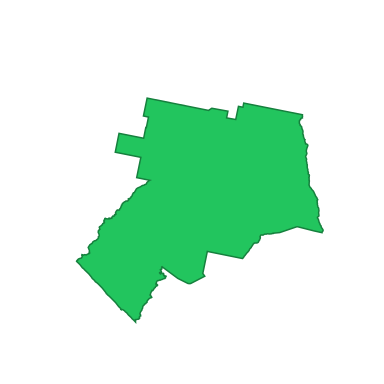 San Cayetano, Buenos Aires, Argentina (Albers equal-area conic projection), rotated 58°
{"feature_id": "61730980B1791021048372", "entity_name": "San Cayetano", "entity_type": "district", "adm_level": 2, "iso_a3": "ARG", "parent_name": "Argentina", "parent_adm1": "Buenos Aires", "projection": "albers", "projection_center": [-59.479, -38.405], "detail": "fine", "context": "isolated", "style": "filled", "palette": "green", "viewbox_px": 384, "rotation_deg": 58, "n_neighbors": 0, "source": "geoboundaries", "source_scale": "gbopen_adm2", "svg_char_len": 6035}
<svg xmlns="http://www.w3.org/2000/svg" viewBox="0 0 384 384"><g transform="rotate(58 192 192)"><path d="M189.5,326.6L189.9,326.6L194.2,325.5L198.5,325.1L198.8,324.8L199.7,324.5L200.8,324.4L206.7,322.9L210.6,322.4L212.5,322.4L215.1,321.6L217.0,321.5L218.1,320.9L220.4,320.2L226.0,319.0L231.4,318.4L233.0,318.5L233.5,318.2L234.6,318.1L235.9,317.6L238.2,317.0L245.3,315.4L250.4,314.9L253.0,314.2L253.4,314.5L253.7,314.4L253.9,314.6L254.6,314.3L254.6,313.6L255.1,313.1L255.6,312.8L256.9,312.2L258.3,312.0L259.8,311.4L262.6,311.1L266.2,310.1L267.7,310.0L269.5,309.4L272.4,308.8L271.2,308.1L270.9,308.4L270.8,308.0L270.6,307.9L270.4,308.2L270.2,307.8L270.2,307.6L270.5,307.5L270.7,307.1L270.9,306.0L271.5,304.8L271.6,304.4L271.2,304.0L271.3,303.4L270.9,303.1L270.6,303.2L270.3,302.8L269.8,302.5L269.7,301.9L269.9,301.2L268.9,300.7L267.8,300.8L267.4,300.5L267.0,299.8L266.4,299.2L265.6,297.1L264.9,296.5L264.3,295.4L263.1,294.5L262.8,294.1L262.5,292.6L261.9,291.6L262.2,290.6L261.9,290.2L261.7,288.6L261.2,288.4L260.7,287.8L260.2,286.9L260.2,286.2L259.7,284.9L259.8,283.0L259.7,282.8L260.1,282.4L260.0,281.9L257.7,281.9L257.1,282.2L256.5,281.1L255.7,280.6L255.6,280.4L255.5,280.1L254.3,278.1L254.8,277.8L254.8,277.5L254.3,276.2L253.6,275.0L253.5,273.7L253.1,273.3L252.9,272.6L252.8,272.4L253.1,271.6L252.7,270.5L252.2,270.6L251.7,271.3L251.4,271.5L251.0,271.4L250.6,271.2L250.7,270.6L249.7,270.1L249.0,268.7L248.9,268.3L249.0,267.9L249.5,267.1L249.5,266.1L250.0,265.5L250.0,264.6L250.3,263.9L250.6,261.4L251.0,261.0L250.8,260.3L250.8,260.0L250.6,259.8L249.8,259.8L249.8,258.8L249.7,258.6L249.4,258.7L249.3,259.2L248.5,259.5L248.3,260.1L248.0,260.2L247.7,259.9L247.0,260.0L246.7,259.5L246.0,259.3L245.8,259.4L245.7,260.0L244.6,260.5L244.5,260.8L244.6,261.4L244.9,261.9L244.8,262.2L243.4,262.4L243.2,262.2L243.2,261.9L243.7,260.9L243.7,260.5L243.5,260.2L242.5,260.0L241.2,260.1L241.1,259.2L241.4,258.8L241.3,258.4L240.2,257.6L239.6,257.5L239.5,257.0L257.8,249.8L267.3,244.0L268.2,243.0L268.9,241.7L270.2,225.8L266.8,226.0L250.5,210.5L275.2,184.4L274.8,182.9L274.1,181.7L274.0,181.0L272.7,177.6L272.6,176.6L272.3,176.2L272.0,174.9L270.8,173.0L270.5,171.3L270.2,171.0L269.2,168.7L268.6,167.7L268.5,166.5L268.3,166.3L268.5,165.8L269.3,164.6L269.8,163.3L269.7,162.3L268.5,160.5L268.5,160.0L268.1,159.7L267.3,158.5L266.5,158.0L266.1,158.2L265.6,157.6L265.0,156.2L266.2,154.6L266.2,152.8L267.1,151.3L267.4,150.1L268.5,148.8L269.3,147.3L269.5,147.0L269.7,146.1L270.2,145.2L270.3,144.7L270.1,144.7L272.9,139.1L276.9,122.0L277.1,121.4L277.6,120.7L289.8,109.0L295.4,103.3L294.9,102.9L294.4,101.5L293.9,101.1L293.2,100.9L290.4,101.0L289.0,100.5L287.6,100.7L286.5,100.3L285.3,100.3L282.1,99.3L280.7,99.4L279.9,99.0L279.6,97.1L279.0,96.7L276.6,95.6L275.2,94.3L272.9,93.2L272.2,93.1L271.5,93.3L270.1,92.6L269.0,92.3L268.4,92.0L268.1,91.6L267.2,91.4L266.2,90.7L265.6,90.6L265.5,90.3L265.3,89.6L265.1,89.4L263.8,89.4L262.8,89.1L261.1,89.4L260.5,89.2L255.7,88.6L253.2,89.1L252.0,89.0L250.3,89.4L247.8,89.0L247.5,88.5L247.0,88.2L246.7,88.1L244.8,86.6L244.0,86.5L243.9,86.2L243.1,85.9L242.5,85.4L241.5,85.2L241.4,84.6L240.1,83.9L240.0,83.6L239.3,83.5L238.4,83.9L237.8,83.6L237.1,82.9L235.8,82.7L235.1,82.4L234.5,81.9L232.5,81.4L231.6,80.8L230.9,80.6L230.4,80.0L230.0,79.8L228.8,79.6L227.8,79.0L226.0,78.5L224.9,77.4L222.5,77.0L221.7,76.5L221.4,75.8L220.4,74.3L219.5,73.9L218.7,73.8L217.3,73.0L215.6,71.2L214.6,69.8L213.8,69.0L213.0,68.9L212.4,69.2L212.0,69.4L211.8,70.0L211.6,70.1L211.1,70.2L210.8,69.9L209.9,69.6L208.9,69.6L207.9,69.0L207.8,68.7L207.5,68.4L206.9,68.7L205.6,68.5L203.5,67.9L203.0,67.5L202.7,67.4L201.4,67.3L201.0,66.9L199.3,65.7L197.9,65.3L197.2,65.4L196.7,65.1L195.9,65.1L195.2,64.5L194.0,64.5L193.2,64.9L192.9,65.0L192.4,64.6L190.4,64.5L189.9,64.0L189.4,63.9L188.9,63.3L188.4,63.1L188.1,62.3L188.2,61.5L187.4,60.9L187.3,60.3L187.7,59.1L186.7,58.6L186.4,58.1L185.5,57.8L185.0,57.4L144.0,101.0L147.1,103.9L144.0,107.2L153.7,116.5L147.5,123.4L142.5,118.7L131.5,130.8L131.4,131.5L131.6,132.7L131.4,133.6L131.7,134.6L88.6,180.3L101.8,192.9L105.4,189.2L113.2,196.6L112.8,197.0L120.8,204.5L103.6,222.8L117.6,236.0L135.5,217.0L150.5,231.3L159.6,221.7L159.5,222.4L159.8,223.0L159.9,224.7L160.0,225.1L161.0,226.4L160.7,228.3L160.8,229.2L160.2,230.6L160.2,231.9L160.3,232.6L159.8,236.0L159.9,237.5L161.7,240.8L161.9,241.5L161.6,242.1L161.7,242.3L162.0,242.6L162.4,243.7L163.5,244.7L163.7,246.2L164.4,246.8L164.4,247.9L164.7,248.3L164.7,248.8L164.2,248.9L164.1,249.7L165.2,250.1L165.2,250.5L165.6,251.4L165.2,252.0L164.9,252.3L164.6,253.0L164.8,253.9L164.6,254.3L164.7,254.9L164.6,255.2L165.0,256.6L164.8,256.8L164.8,257.0L165.6,257.9L165.9,258.3L165.8,258.8L166.5,259.3L166.7,259.8L167.7,261.0L168.1,262.4L168.8,263.1L168.5,263.6L168.3,264.3L167.9,264.4L167.9,265.0L167.7,265.2L168.0,266.0L168.2,266.6L168.9,267.6L169.1,267.9L169.7,267.9L170.6,268.4L170.2,269.4L170.4,269.5L170.4,270.0L171.0,270.2L171.1,270.7L170.9,271.0L171.0,271.2L170.5,271.9L170.9,272.3L170.8,272.8L170.9,273.3L171.8,274.0L171.0,275.1L171.2,275.8L170.5,275.8L170.2,276.3L170.5,276.5L170.5,276.8L170.4,276.8L170.3,277.6L169.2,278.9L168.5,279.3L168.3,279.5L168.3,280.0L169.3,280.8L169.3,281.7L170.1,281.8L170.4,282.0L170.6,282.6L171.6,282.6L171.6,284.0L171.5,284.4L172.3,285.6L172.2,285.9L172.5,287.2L172.5,288.7L172.7,289.3L174.8,289.9L174.8,290.8L175.3,291.2L175.4,291.4L175.3,292.0L175.5,292.2L176.7,293.0L178.1,293.1L179.3,293.5L179.9,293.9L180.4,294.6L180.5,294.9L180.4,295.2L180.5,295.4L181.1,295.5L181.5,295.7L181.7,296.1L182.2,299.4L181.7,300.7L181.8,302.6L182.6,303.8L182.7,304.3L182.5,304.6L182.6,305.4L182.6,306.5L184.0,309.4L187.2,310.0L188.0,310.4L188.4,311.0L189.4,311.0L189.7,311.3L189.7,312.1L189.6,312.4L189.4,312.4L189.5,313.0L189.3,314.0L189.4,314.9L189.3,315.1L188.3,316.1L187.9,318.1L187.6,318.3L187.3,318.0L186.9,318.4L187.1,318.5L187.1,318.9L187.2,319.0L187.7,318.9L188.5,319.3L189.4,320.5L189.4,320.8L188.8,322.7L188.8,323.3L188.6,323.8L188.8,324.4L188.9,325.0L189.3,325.1L189.2,325.9L189.5,326.6Z" fill="#22c55e" stroke="#15803d" stroke-width="1.5"/></g></svg>